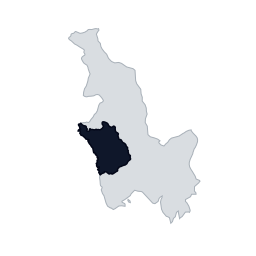 Chagang-do on a map of North Korea (Mercator projection), rotated 292°
{"feature_id": "PRK-3310", "entity_name": "Chagang-do", "entity_type": "Province", "adm_level": 1, "iso_a3": "PRK", "parent_name": "North Korea", "parent_adm1": "", "projection": "mercator", "projection_center": [126.424, 40.896], "detail": "fine", "context": "in_parent", "style": "filled", "palette": "ink", "viewbox_px": 256, "rotation_deg": 292, "n_neighbors": 0, "source": "natural_earth", "source_scale": "10m", "svg_char_len": 6843}
<svg xmlns="http://www.w3.org/2000/svg" viewBox="0 0 256 256"><g transform="rotate(292 128 128)"><path d="M149.9,187.3L149.0,187.8L147.5,190.5L146.0,194.0L144.7,195.9L143.1,197.0L141.3,197.6L137.9,197.8L134.8,197.6L133.8,197.2L129.6,197.4L128.4,197.7L122.3,197.4L119.1,197.7L117.1,198.4L115.0,199.8L113.2,201.9L111.6,204.2L108.5,208.3L106.2,210.3L106.2,213.2L106.2,214.1L105.4,214.7L105.1,214.4L103.8,214.2L98.6,211.6L94.4,213.2L93.3,215.3L92.1,215.9L90.4,211.8L87.7,211.7L83.2,208.1L81.4,208.8L80.9,210.3L78.4,213.6L75.1,216.4L74.0,216.7L72.7,216.5L72.9,215.8L71.5,212.7L66.2,211.4L64.3,210.1L63.3,209.8L68.5,206.4L69.9,205.8L68.9,205.0L67.7,204.6L63.4,205.1L61.2,204.0L57.9,204.3L55.7,203.4L60.4,200.0L60.6,198.0L60.5,196.5L62.9,192.0L65.3,189.5L71.5,185.9L74.2,185.4L76.2,185.6L77.8,185.2L76.1,183.9L74.4,183.2L71.2,183.4L67.9,181.3L67.6,179.1L74.0,165.4L74.1,164.1L73.1,160.8L72.8,157.5L68.2,155.6L66.1,155.4L60.2,151.7L57.8,149.8L56.9,150.4L56.7,153.3L55.9,154.0L54.3,154.6L53.5,151.2L52.2,148.7L48.3,146.2L46.9,144.9L47.6,141.9L47.2,141.6L47.9,138.3L50.3,135.7L56.2,131.1L57.7,128.9L60.7,126.3L62.1,126.4L63.5,126.2L63.9,125.1L64.2,124.2L65.4,123.4L68.3,122.0L71.6,120.1L74.2,119.6L77.5,116.8L78.8,115.6L80.1,115.6L80.4,115.0L81.2,113.6L82.2,112.6L83.6,112.4L86.0,111.7L88.9,111.3L90.9,109.0L91.5,107.3L92.9,105.4L95.6,103.4L97.6,100.4L99.7,97.2L100.7,96.1L101.7,95.9L102.3,94.7L103.0,91.2L104.0,87.9L104.5,86.3L107.0,84.5L107.6,83.7L108.2,83.4L109.3,83.6L110.8,82.6L112.3,81.5L113.6,81.8L114.9,82.8L116.3,84.7L116.9,86.2L118.0,87.4L118.2,89.2L119.3,90.0L121.7,90.4L125.5,91.6L128.0,91.7L129.4,92.6L132.3,93.1L138.3,92.4L140.7,92.8L141.7,94.0L143.2,94.9L144.2,94.9L145.5,93.4L146.9,90.9L147.8,88.9L147.7,87.4L146.9,85.8L145.0,84.2L143.7,81.9L142.5,79.4L141.8,78.6L141.2,77.4L141.1,75.6L141.5,74.4L144.4,73.5L148.2,73.0L151.3,73.6L156.4,73.2L159.5,72.5L161.8,72.6L164.0,72.6L164.9,71.6L167.9,69.0L169.3,68.1L170.9,66.4L171.2,64.6L171.5,63.1L172.4,61.6L174.0,59.6L175.3,58.7L176.8,58.9L178.3,59.8L179.3,60.6L180.4,60.4L181.4,58.9L182.0,58.6L183.8,58.4L184.3,57.5L185.0,53.0L185.7,49.5L185.9,47.0L187.5,42.9L188.0,40.4L188.9,39.3L190.0,39.4L190.9,40.1L192.1,40.5L193.6,40.1L194.7,40.8L195.4,42.1L197.7,43.0L197.9,43.7L197.8,48.1L199.1,50.2L200.7,52.1L203.0,53.8L204.3,54.2L205.0,55.4L205.7,57.5L207.3,59.6L208.2,61.1L208.4,62.6L209.1,63.5L207.8,64.4L206.1,63.9L203.2,63.5L199.6,66.5L197.5,67.6L196.1,70.6L193.3,72.4L191.7,74.2L189.7,77.5L188.4,80.6L185.3,83.8L183.5,87.8L183.4,91.3L185.3,94.8L185.5,97.8L184.1,103.9L184.9,110.4L184.1,112.9L174.7,117.4L172.2,119.6L168.7,125.3L164.5,127.4L161.9,129.7L158.3,131.1L156.0,135.1L153.4,137.4L150.4,138.8L148.1,140.5L143.1,140.7L139.5,141.9L136.9,145.2L129.3,149.0L128.2,151.9L128.7,156.3L128.8,159.7L128.1,162.5L126.5,161.7L125.6,162.6L124.6,165.1L124.8,168.1L127.5,169.0L129.6,170.2L132.6,170.8L134.9,172.1L139.6,178.3L143.5,181.0L144.5,181.9L146.7,183.3L148.8,185.4L149.9,187.3ZM61.1,157.2L59.7,158.1L59.6,156.4L60.7,155.0L61.9,154.8L61.1,157.2Z" fill="#d9dde1" stroke="#a8b0b8" stroke-width="1"/><path d="M112.9,80.8L113.2,81.0L113.2,81.8L113.4,82.0L113.7,81.9L114.3,82.1L114.7,82.4L114.7,82.6L114.2,83.5L113.8,84.4L113.6,85.5L113.6,86.3L113.8,87.1L113.9,87.6L113.9,87.8L113.9,88.1L113.7,88.6L113.3,88.9L112.9,89.1L112.5,89.4L112.2,89.9L112.0,90.3L111.8,90.6L111.4,90.7L110.6,90.6L110.3,90.6L110.0,91.0L109.9,91.4L110.0,92.0L110.2,92.5L110.3,92.9L110.8,93.3L111.3,93.3L112.2,92.8L112.4,92.8L112.7,92.8L112.9,92.9L113.1,93.1L113.0,93.4L112.7,93.8L112.6,94.0L113.1,95.0L113.3,95.6L113.4,96.1L113.6,97.3L113.9,98.0L114.7,98.7L114.9,99.2L114.9,99.6L114.7,99.8L114.8,100.0L115.1,100.4L115.3,100.7L115.5,101.1L115.6,102.1L115.9,102.7L116.4,103.2L117.9,104.2L118.2,104.3L119.0,104.4L120.0,104.6L120.3,104.6L120.9,104.3L121.2,103.8L121.4,103.3L121.8,102.8L122.4,102.4L123.1,102.1L123.8,102.1L124.4,102.5L124.6,103.2L124.8,104.0L124.8,104.9L124.8,105.7L124.7,106.9L124.3,107.8L123.0,109.2L122.6,110.1L122.4,111.3L122.5,112.5L123.1,113.2L124.1,113.7L124.4,114.1L124.4,114.8L124.3,115.2L124.1,115.6L123.8,115.9L123.5,116.1L122.4,116.4L120.4,117.6L119.8,118.4L119.5,120.4L119.0,121.2L118.7,121.3L117.5,121.5L117.1,121.6L116.7,121.8L116.3,122.1L116.0,122.5L115.2,123.0L114.5,123.4L114.2,123.9L114.4,125.2L114.4,126.1L113.9,126.8L113.3,127.5L112.8,128.3L112.6,128.9L112.5,129.5L112.5,130.1L112.5,130.5L111.9,131.9L111.5,132.4L110.5,133.2L110.3,133.4L110.2,133.6L110.0,134.4L109.8,134.8L109.6,135.0L109.4,135.1L109.0,135.2L108.6,135.3L108.4,135.3L108.2,135.5L107.9,135.7L107.6,136.0L107.3,136.4L107.1,136.7L106.9,136.8L106.3,136.9L106.1,137.0L105.9,137.1L104.3,138.3L104.0,138.5L103.8,138.8L103.7,138.9L103.6,139.1L103.5,139.8L103.5,140.0L103.3,140.4L103.1,140.6L102.9,140.7L102.2,140.7L101.9,140.8L100.4,141.9L100.1,142.0L99.9,142.0L99.7,142.0L99.5,141.9L98.4,141.2L97.4,140.7L96.9,140.5L94.5,140.3L94.0,140.0L92.8,139.3L92.5,138.9L91.4,137.5L89.7,135.9L89.0,135.0L88.6,134.5L88.4,134.4L88.2,134.4L87.9,134.4L87.5,134.3L87.3,134.1L86.9,133.9L86.7,133.8L86.1,133.8L85.8,133.8L85.4,134.0L85.0,134.2L84.8,134.3L84.6,134.3L84.2,134.3L84.0,134.2L83.8,134.0L83.4,133.6L80.4,131.6L79.6,130.9L79.4,130.6L79.3,130.4L79.3,130.2L79.5,129.9L79.7,129.7L79.7,129.4L79.5,129.2L78.5,128.1L78.4,127.9L78.3,127.7L78.3,127.4L78.4,127.2L78.5,126.8L78.6,126.6L78.7,125.7L78.8,125.5L79.1,125.1L79.1,124.9L79.2,124.7L79.2,124.3L79.2,124.2L79.0,123.7L78.9,123.6L78.8,122.8L78.7,122.6L78.3,122.5L77.9,122.6L77.7,122.6L77.4,122.5L77.2,122.3L76.5,121.3L76.2,121.1L76.0,120.9L74.2,119.8L74.3,119.4L74.5,119.2L74.9,119.3L75.2,119.1L75.2,118.9L75.3,118.5L75.3,118.2L75.6,117.8L75.8,117.6L76.1,117.5L77.2,117.5L77.5,117.4L77.7,117.0L77.8,116.3L77.9,115.6L78.2,115.4L78.6,115.5L78.9,115.8L79.1,116.1L80.7,116.1L81.0,115.9L80.8,115.4L80.1,114.5L81.0,113.2L81.6,112.9L82.4,112.7L82.7,112.6L82.8,112.3L82.9,112.1L83.0,112.0L83.3,111.9L83.5,112.0L84.6,112.5L84.8,112.5L85.9,111.7L86.2,111.6L86.6,111.5L86.9,111.7L87.2,112.0L87.5,112.2L87.9,112.1L88.2,111.8L89.0,111.7L89.4,111.5L89.5,111.2L89.4,111.0L89.1,111.0L88.7,111.0L89.0,110.5L89.4,110.4L89.9,110.3L90.3,110.0L90.8,109.2L91.0,108.8L90.9,108.5L91.1,108.2L91.3,108.0L91.5,107.9L91.8,107.8L91.7,107.3L92.0,107.0L92.4,106.6L92.7,106.2L92.3,105.5L92.9,105.0L95.8,103.2L96.2,102.9L96.4,102.5L97.1,101.0L97.4,100.7L98.0,100.0L98.3,99.6L98.9,98.2L99.2,97.8L100.4,96.3L101.2,95.6L102.0,95.6L101.9,95.8L101.8,96.0L101.6,96.1L101.6,96.4L102.5,96.1L102.5,95.3L102.2,94.2L102.0,93.3L102.1,92.9L103.0,91.5L103.5,89.9L103.9,89.0L104.0,88.5L103.9,88.1L103.7,87.6L103.7,87.2L104.6,86.2L105.0,85.4L105.4,85.3L106.3,85.4L106.6,85.2L107.4,84.4L107.8,84.2L107.4,83.9L107.1,83.7L106.7,83.4L106.5,83.0L107.0,82.8L107.4,82.8L107.8,83.0L108.1,83.2L108.9,84.1L109.3,84.4L109.5,84.1L109.9,83.2L111.3,82.6L111.6,81.7L111.9,81.3L112.4,80.9L112.9,80.8Z" fill="#0f172a" stroke="#020617" stroke-width="1.5"/></g></svg>